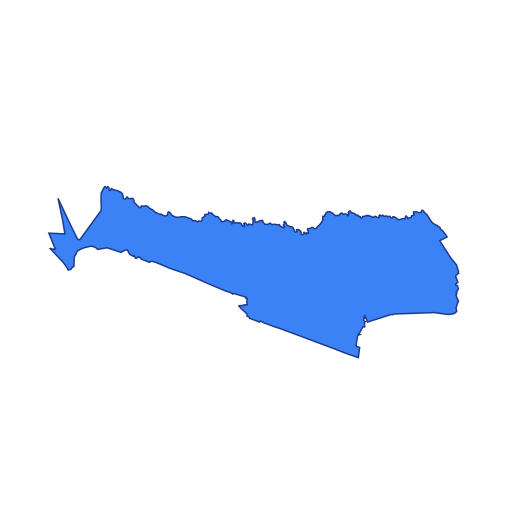 Polotitlán, México, Mexico (Equal Earth projection), rotated 151°
{"feature_id": "50627088B18153626754023", "entity_name": "Polotitlán", "entity_type": "district", "adm_level": 2, "iso_a3": "MEX", "parent_name": "Mexico", "parent_adm1": "México", "projection": "equal_earth", "projection_center": [-99.828, 20.212], "detail": "fine", "context": "isolated", "style": "filled", "palette": "blue", "viewbox_px": 512, "rotation_deg": 151, "n_neighbors": 0, "source": "geoboundaries", "source_scale": "gbopen_adm2", "svg_char_len": 6115}
<svg xmlns="http://www.w3.org/2000/svg" viewBox="0 0 512 512"><g transform="rotate(151 256 256)"><path d="M401.2,402.4L407.5,381.9L412.4,368.0L426.1,376.4L428.2,359.4L431.1,360.9L431.9,362.2L432.4,362.3L427.7,343.8L427.0,337.8L427.0,334.6L424.1,334.2L422.5,335.0L420.3,335.2L415.6,343.0L409.7,347.0L403.8,346.8L401.1,346.2L395.8,344.7L394.6,343.9L392.9,342.1L392.1,341.0L391.2,338.5L382.3,335.4L372.5,324.8L372.2,324.6L367.9,324.6L365.8,323.7L365.6,323.3L365.7,319.5L365.4,318.1L364.7,317.3L364.5,316.6L363.3,315.2L363.0,315.0L362.8,315.3L362.4,314.9L362.6,313.9L362.5,312.5L361.6,311.9L360.0,312.3L359.4,312.2L359.4,311.9L358.1,311.1L357.9,309.1L357.3,308.0L356.8,307.8L352.4,302.2L349.6,302.0L346.0,298.1L336.7,286.3L326.4,275.0L311.0,254.7L299.6,240.2L296.0,236.3L294.8,234.1L294.5,234.4L294.3,234.3L292.7,233.1L284.7,224.9L285.4,223.8L284.3,222.9L286.2,220.5L287.2,217.7L290.2,219.0L290.3,218.5L290.7,218.7L294.4,220.6L295.0,220.7L295.3,220.4L294.9,219.7L294.8,218.3L294.1,216.0L292.4,211.2L292.1,209.2L292.4,208.4L293.0,207.8L291.7,206.1L291.8,204.6L284.9,196.5L283.7,196.9L281.8,194.5L281.5,193.7L274.0,185.0L270.3,181.1L231.4,135.6L225.4,128.2L215.8,117.5L209.7,125.7L212.1,128.5L210.1,131.5L205.9,136.9L205.2,137.2L203.3,137.0L204.2,137.8L204.3,138.2L202.0,138.9L197.2,142.0L196.8,142.0L195.4,141.3L193.0,145.7L192.1,145.6L193.1,147.2L192.8,147.9L192.3,148.6L191.7,149.8L190.5,148.7L189.7,151.8L190.3,144.1L166.5,139.4L164.3,138.2L163.3,138.3L127.7,120.2L118.4,113.2L115.6,111.3L114.0,110.9L113.1,110.2L112.5,110.3L110.2,109.6L108.7,109.8L107.5,110.3L106.9,111.1L106.4,113.1L105.7,114.1L102.8,116.9L101.1,118.0L100.6,118.8L100.7,121.3L99.8,125.2L98.6,125.6L98.5,127.3L97.7,127.3L96.2,128.5L95.6,128.6L95.0,129.1L94.5,130.8L94.3,132.3L95.4,134.0L94.9,134.7L92.2,135.1L92.0,135.9L92.1,137.0L91.5,138.3L91.6,139.8L91.2,141.1L90.6,142.2L87.1,142.6L87.1,143.6L86.3,144.2L86.3,145.4L85.4,148.7L85.0,151.3L86.6,160.1L87.9,180.3L79.7,180.0L79.6,181.2L80.5,187.6L81.5,189.4L81.6,189.9L81.3,191.3L81.4,192.1L82.7,194.0L82.7,195.0L83.7,195.8L85.6,199.4L85.9,201.5L86.3,205.6L86.3,208.8L87.6,212.3L87.6,213.7L88.0,215.1L88.7,215.5L90.2,214.4L91.6,214.4L92.7,215.2L94.7,217.3L95.6,217.6L96.5,217.6L96.8,218.2L97.4,217.2L97.5,215.9L98.0,215.1L98.4,215.0L98.9,215.5L100.3,215.7L101.7,214.4L103.0,215.1L103.7,215.2L104.5,215.0L105.0,215.2L105.0,217.8L105.5,218.3L106.6,217.6L107.2,216.6L108.1,216.5L108.8,217.2L109.9,217.6L113.3,218.3L114.0,219.1L115.7,222.7L116.6,223.7L117.4,223.9L118.2,223.3L118.8,223.3L119.4,223.9L119.7,224.8L119.6,225.8L121.8,226.6L122.0,227.3L122.4,227.5L122.8,228.0L124.7,228.5L125.0,229.0L125.2,230.0L125.7,230.3L126.1,230.1L127.1,230.4L127.7,231.8L128.3,231.9L128.9,231.5L129.8,230.1L130.3,230.0L131.3,231.0L132.0,232.3L132.9,233.2L133.5,233.2L134.3,232.7L134.9,232.9L136.6,235.4L137.0,235.8L137.5,235.8L138.2,237.2L138.7,237.4L139.4,237.1L140.2,238.0L142.3,238.1L143.5,238.9L144.9,238.1L145.7,238.2L145.9,238.9L145.8,239.7L146.1,240.2L146.6,240.3L147.2,242.3L147.4,242.5L147.9,242.1L148.3,242.3L149.0,244.7L149.7,245.8L150.4,246.7L151.1,247.0L151.5,247.5L151.8,249.6L152.0,249.9L153.1,250.0L154.3,249.3L154.4,248.2L154.6,247.5L155.4,246.8L156.4,246.8L156.1,247.8L156.6,248.7L158.2,250.0L159.7,250.3L159.9,251.7L160.4,252.2L161.7,252.2L163.8,251.2L164.3,251.4L164.5,251.9L165.1,252.2L166.4,252.4L166.7,252.7L167.5,253.7L168.1,256.1L169.0,257.3L169.5,258.4L170.0,258.9L172.1,260.0L174.1,259.6L175.1,258.8L175.9,258.6L176.9,257.5L178.2,258.3L178.5,258.2L179.7,255.7L180.3,254.9L183.8,253.0L190.6,251.0L191.8,251.5L192.4,253.1L193.1,253.9L194.8,253.7L197.5,254.8L198.3,254.0L198.2,252.2L199.1,250.4L199.5,250.4L200.4,251.7L201.3,251.0L201.6,251.0L202.1,253.0L202.3,253.3L202.7,253.3L203.7,252.0L205.2,252.1L205.7,252.4L205.8,253.5L205.1,254.8L205.0,256.3L205.6,258.0L207.0,259.2L207.7,259.3L208.0,258.8L208.3,257.8L208.7,257.4L209.4,257.4L210.0,257.9L210.2,258.7L209.9,262.9L210.2,263.9L211.7,264.9L213.8,267.5L214.0,268.7L213.8,270.7L214.2,272.3L214.6,272.4L215.0,272.1L215.6,270.6L216.5,270.2L217.2,269.6L216.9,267.4L217.4,267.1L218.0,267.2L219.1,268.4L219.6,269.3L220.4,270.0L220.2,271.7L220.7,272.4L221.7,272.4L224.2,274.7L227.0,275.8L227.7,277.9L230.6,278.0L231.8,278.7L233.0,279.9L233.5,282.3L233.0,283.8L233.1,284.1L234.5,284.4L235.3,284.9L239.4,285.3L240.1,286.3L239.8,287.6L239.0,288.8L238.9,289.9L239.1,290.5L240.6,290.7L241.1,289.9L241.3,288.4L242.5,286.4L243.6,285.3L244.1,285.1L244.7,285.3L245.5,286.1L246.2,287.1L246.8,287.4L247.8,286.7L248.4,286.9L249.0,289.5L249.8,290.3L250.8,290.4L251.1,289.8L251.4,287.8L252.2,287.7L253.0,288.4L253.4,291.9L254.0,292.9L255.1,293.1L256.0,294.0L257.0,294.6L259.0,295.3L258.9,296.6L258.2,297.6L258.8,298.3L260.4,296.5L261.3,296.0L261.1,297.7L263.2,300.3L264.3,302.0L265.3,302.2L266.3,301.7L267.9,301.9L269.6,302.9L269.4,303.8L270.3,308.8L271.6,309.8L272.2,309.8L272.5,310.7L273.5,312.7L273.9,315.0L274.2,315.3L275.0,315.5L275.3,316.0L276.0,316.4L276.6,316.4L276.6,316.7L277.5,315.8L280.7,317.0L281.4,315.6L284.6,315.4L285.8,313.7L286.7,313.0L287.2,312.9L289.1,314.4L289.5,314.2L290.6,314.5L292.0,316.4L294.0,317.3L294.3,317.9L294.4,318.9L294.8,319.8L295.3,320.6L296.3,321.7L296.8,321.8L297.2,322.2L297.4,322.9L298.1,323.7L299.6,325.1L302.0,326.4L305.3,327.6L307.4,328.9L309.6,332.0L309.9,332.8L310.2,335.9L310.6,336.4L311.3,337.1L312.1,336.5L313.8,334.6L314.4,334.5L315.9,335.0L317.2,336.0L318.5,338.3L319.3,338.9L320.0,339.1L323.2,343.7L324.2,346.8L325.8,349.0L326.8,352.1L327.4,352.9L328.2,353.4L330.5,354.1L331.5,355.2L332.0,355.4L333.3,354.2L334.0,354.5L334.5,355.2L336.7,362.2L336.4,362.8L335.9,363.2L335.7,364.6L335.8,365.7L336.2,366.4L338.1,367.1L339.7,368.2L340.2,370.2L342.3,369.2L343.3,369.4L343.9,369.9L344.0,370.9L342.9,373.9L342.7,375.2L343.3,377.3L345.4,380.2L348.9,383.4L349.5,385.0L350.4,384.8L351.3,384.0L351.6,383.9L352.3,384.4L352.4,384.9L352.3,385.4L351.6,386.7L351.7,387.8L352.2,388.6L352.5,388.6L353.2,388.1L354.0,388.2L354.2,388.5L354.2,389.8L355.3,389.8L361.1,385.9L365.4,378.3L365.8,377.3L368.0,373.1L369.6,370.8L402.1,355.7L403.9,357.0L403.2,372.1L401.2,402.4Z" fill="#3b82f6" stroke="#1e3a8a" stroke-width="1.5"/></g></svg>